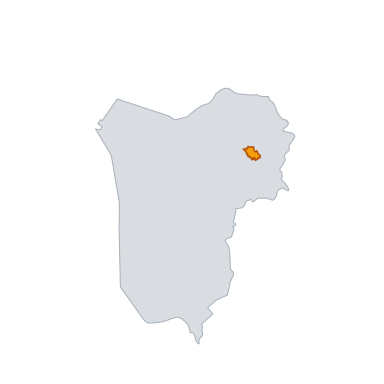 location of Dibis, At-Ta'mim, Iraq, rotated 49°
{"feature_id": "34846034B21026183347642", "entity_name": "Dibis", "entity_type": "district", "adm_level": 2, "iso_a3": "IRQ", "parent_name": "Iraq", "parent_adm1": "At-Ta'mim", "projection": "robinson", "projection_center": [44.143, 35.661], "detail": "fine", "context": "in_parent", "style": "filled", "palette": "amber", "viewbox_px": 384, "rotation_deg": 49, "n_neighbors": 0, "source": "geoboundaries", "source_scale": "gbopen_adm2", "svg_char_len": 5089}
<svg xmlns="http://www.w3.org/2000/svg" viewBox="0 0 384 384"><g transform="rotate(49 192 192)"><path d="M160.4,79.4L162.7,78.8L167.1,75.3L169.6,72.1L170.4,71.8L172.7,72.8L174.3,73.1L178.0,71.9L180.2,72.6L182.1,73.4L183.1,73.4L188.1,75.5L189.3,75.7L191.9,76.0L195.7,76.1L198.2,74.7L200.0,73.5L201.2,73.5L202.4,73.8L203.4,74.3L204.2,75.3L204.6,76.7L204.5,81.0L204.8,82.2L205.5,83.0L206.4,83.2L207.4,82.2L209.2,80.8L211.5,79.3L213.2,77.9L214.1,77.4L215.6,77.5L217.1,77.7L217.9,78.4L217.9,78.6L218.7,80.7L220.7,88.3L221.8,89.3L223.1,90.1L224.0,91.2L224.4,92.4L224.3,94.1L224.3,96.2L224.9,97.8L225.6,99.0L226.3,99.6L227.3,99.6L228.6,99.9L229.4,101.1L232.1,109.8L232.3,110.9L233.4,111.3L235.3,111.1L237.1,112.0L239.1,113.5L241.0,116.1L242.3,116.5L246.3,116.1L251.7,116.6L254.3,117.9L254.0,118.8L252.1,119.7L248.6,120.8L247.6,122.7L247.1,125.1L247.2,126.5L248.0,128.0L250.5,131.0L250.6,132.1L251.1,133.6L251.5,134.6L251.1,136.6L248.8,137.9L245.9,139.4L240.1,146.1L239.7,147.5L239.7,151.5L239.2,152.6L237.3,152.6L235.9,152.4L235.8,153.8L234.9,155.6L234.4,157.2L236.5,161.0L236.9,163.0L236.6,164.8L234.6,168.0L233.4,170.1L233.7,170.5L235.3,171.4L240.2,178.3L241.7,180.7L243.8,180.1L244.6,180.1L245.2,180.5L245.5,181.4L245.5,182.4L245.0,183.9L247.6,184.6L248.6,186.2L251.7,191.5L251.6,193.1L250.1,195.7L250.1,197.4L250.4,198.9L250.9,199.4L255.4,199.6L257.4,200.2L262.1,203.0L267.4,207.2L271.8,210.7L275.6,213.6L279.6,213.4L280.6,214.0L281.7,214.9L282.8,217.3L285.2,222.8L287.1,224.6L290.2,229.0L293.0,233.1L291.2,238.7L289.5,244.5L289.6,252.0L289.6,256.1L293.5,256.2L297.7,256.4L297.8,261.2L297.9,266.1L298.0,271.6L299.3,271.8L301.3,273.0L302.2,274.8L303.2,275.8L304.5,276.0L305.8,276.8L307.1,278.4L307.6,279.6L307.3,280.5L307.6,281.9L308.5,284.0L309.6,285.0L311.2,286.2L309.0,286.9L306.5,286.4L301.3,283.9L299.6,283.8L297.4,284.8L297.3,285.6L291.7,282.9L289.7,282.3L289.0,282.3L285.9,282.3L281.4,282.8L278.7,283.9L276.9,285.1L276.1,286.2L275.8,286.8L274.3,290.2L272.7,294.6L271.0,298.5L267.7,304.0L265.8,306.5L261.9,311.3L257.6,312.2L247.5,311.3L236.4,310.3L225.4,309.2L217.2,308.5L216.5,308.2L208.4,301.5L202.0,296.1L194.0,289.5L185.8,282.7L177.5,275.8L171.5,270.8L164.3,264.3L157.7,258.4L152.4,253.8L145.7,249.7L140.5,246.6L132.9,242.0L126.8,238.3L121.7,235.1L113.7,230.3L111.0,228.9L102.7,227.3L94.8,225.9L86.7,224.5L81.2,223.6L84.9,220.1L83.8,217.0L81.2,217.6L78.8,218.3L77.4,213.5L79.3,212.9L77.6,206.6L76.0,200.1L74.4,193.8L72.8,187.4L79.7,183.3L84.9,180.2L92.1,175.9L99.1,171.8L105.7,167.8L113.0,163.5L119.5,159.6L125.5,158.0L126.8,156.8L129.5,151.5L131.9,147.0L132.0,145.9L132.1,139.5L132.6,131.9L133.4,127.9L134.7,124.4L136.0,121.8L136.1,119.3L136.0,116.9L134.8,113.2L133.5,109.3L133.7,105.5L134.0,103.5L134.8,100.3L136.2,98.0L137.7,96.5L143.3,95.0L146.7,94.1L151.1,90.0L153.8,87.5L157.5,83.6L160.2,80.8L160.4,79.8L160.4,79.4Z" fill="#d9dde1" stroke="#a8b0b8" stroke-width="1"/><path d="M202.5,126.0L202.6,125.9L202.7,125.7L202.8,125.4L203.1,125.5L203.5,125.6L203.9,125.6L204.2,125.7L204.3,125.5L204.3,125.2L204.5,124.9L204.7,125.0L204.8,125.1L205.0,125.1L205.4,125.1L205.7,125.1L205.9,124.8L205.9,124.7L206.4,124.9L206.4,125.3L206.4,125.6L206.8,125.7L207.1,125.5L207.1,125.2L207.1,124.7L207.4,124.7L207.6,124.2L207.8,124.0L207.9,123.8L207.7,123.5L207.3,123.3L207.1,123.3L207.0,123.1L207.4,123.0L207.2,122.7L207.4,122.4L207.4,122.1L207.6,122.1L207.9,122.4L208.0,122.7L208.3,122.8L208.4,123.0L208.9,123.1L209.2,123.0L209.5,123.1L209.6,123.3L209.8,123.3L209.9,123.1L209.9,122.9L209.8,122.7L209.9,122.3L209.9,122.1L210.0,121.7L210.2,121.4L210.2,121.1L210.1,120.8L210.2,120.6L210.3,120.4L210.3,120.1L210.1,119.9L209.9,119.7L209.7,119.7L209.9,119.2L210.1,119.1L210.3,119.0L210.5,118.8L210.6,118.6L210.7,118.2L210.5,117.9L210.3,117.8L209.9,117.8L209.8,117.5L209.8,117.1L209.8,116.8L209.6,116.4L209.6,116.5L209.4,116.6L209.1,116.8L208.2,116.6L207.2,117.0L206.8,116.9L206.5,116.9L206.4,116.9L205.9,116.7L205.5,116.6L205.2,116.7L204.9,116.4L204.5,116.2L204.2,116.1L203.8,116.1L203.5,116.1L203.3,116.2L203.3,116.7L203.3,117.0L203.4,117.4L203.4,117.6L203.2,117.8L202.9,117.7L202.4,117.9L202.2,117.9L202.0,118.0L201.8,118.0L201.7,118.0L201.5,117.9L201.3,117.7L201.0,117.6L200.7,117.5L200.3,117.3L200.0,117.1L199.7,116.9L199.4,116.7L199.2,116.5L198.8,116.1L198.5,116.0L198.2,116.2L197.6,116.7L197.6,117.0L197.5,117.4L197.2,117.5L196.9,117.8L196.5,118.1L196.2,118.5L196.1,118.8L195.9,119.0L195.8,119.3L195.6,119.3L195.3,119.4L195.1,119.5L194.8,119.5L194.7,119.6L194.4,119.9L194.8,120.4L195.1,120.7L195.3,121.1L195.6,121.8L194.7,122.4L194.2,122.8L194.1,123.2L194.2,123.5L194.2,123.9L194.2,124.5L194.0,124.8L193.7,125.1L193.9,125.1L194.2,125.2L194.3,125.1L194.5,125.0L195.0,125.2L195.4,124.9L195.6,124.6L195.9,124.5L196.1,124.4L196.4,124.6L196.6,124.9L196.9,124.9L197.1,124.9L197.4,124.9L197.5,124.9L198.2,125.6L198.5,125.6L198.7,125.4L198.9,125.2L199.1,125.0L199.3,125.0L199.6,125.1L199.8,125.5L199.9,125.8L200.1,125.8L200.4,125.8L200.5,125.9L201.0,125.9L201.3,125.8L201.4,126.1L201.5,126.3L201.9,126.2L202.1,126.1L202.3,126.0L202.5,126.0Z" fill="#f59e0b" stroke="#b45309" stroke-width="1.5"/></g></svg>